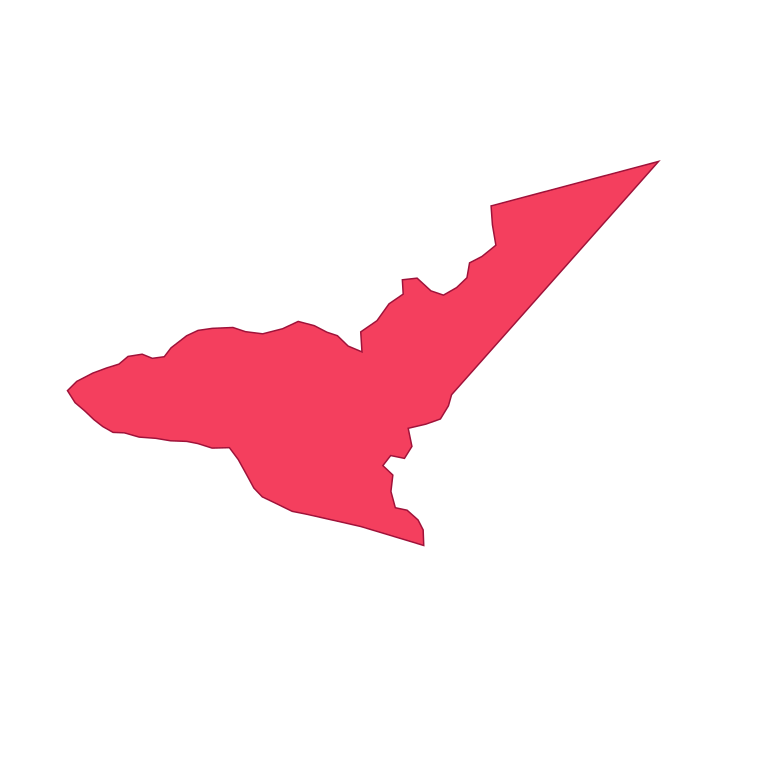 outline of Caldas Brandão, Paraíba, Brazil, rotated 79°
{"feature_id": "56859067B83416177856434", "entity_name": "Caldas Brandão", "entity_type": "district", "adm_level": 2, "iso_a3": "BRA", "parent_name": "Brazil", "parent_adm1": "Paraíba", "projection": "orthographic", "projection_center": [-35.337, -7.114], "detail": "fine", "context": "isolated", "style": "filled", "palette": "rose", "viewbox_px": 768, "rotation_deg": 79, "n_neighbors": 0, "source": "geoboundaries", "source_scale": "gbopen_adm2", "svg_char_len": 1117}
<svg xmlns="http://www.w3.org/2000/svg" viewBox="0 0 768 768"><g transform="rotate(79 384 384)"><path d="M550.1,375.8L534.7,373.4L524.0,376.5L512.3,385.4L507.6,396.5L490.8,397.7L475.1,392.7L463.9,400.7L455.5,391.1L460.9,378.1L450.6,368.5L432.1,368.7L431.4,350.6L429.1,335.3L417.7,324.9L407.4,319.7L259.9,126.9L217.9,72.0L229.6,244.9L248.5,247.2L269.1,247.7L277.5,263.5L281.4,276.9L295.5,282.3L303.2,294.3L308.1,308.7L301.5,320.2L286.4,331.3L285.2,346.1L299.4,348.0L306.2,363.7L320.5,378.8L328.4,396.9L348.3,399.5L339.9,412.0L327.7,420.5L322.3,430.1L313.5,441.2L306.2,456.3L310.4,473.0L311.6,493.5L306.2,510.0L299.7,521.5L296.6,542.0L295.9,556.3L299.0,568.6L307.9,586.2L315.3,594.5L314.6,606.5L308.6,615.7L308.1,630.0L313.9,640.4L315.3,653.1L317.7,667.7L322.8,685.1L330.1,696.0L343.4,690.8L352.9,683.2L363.7,675.5L372.1,668.2L379.8,659.2L382.4,648.2L389.4,634.5L393.8,618.3L399.0,604.4L402.7,588.6L406.9,578.2L414.1,565.0L417.0,547.9L430.3,541.5L447.6,535.9L461.3,531.6L471.6,525.0L478.4,515.8L491.5,498.4L496.4,486.4L506.4,463.6L519.5,433.9L550.1,375.8Z" fill="#f43f5e" stroke="#9f1239" stroke-width="1.5"/></g></svg>